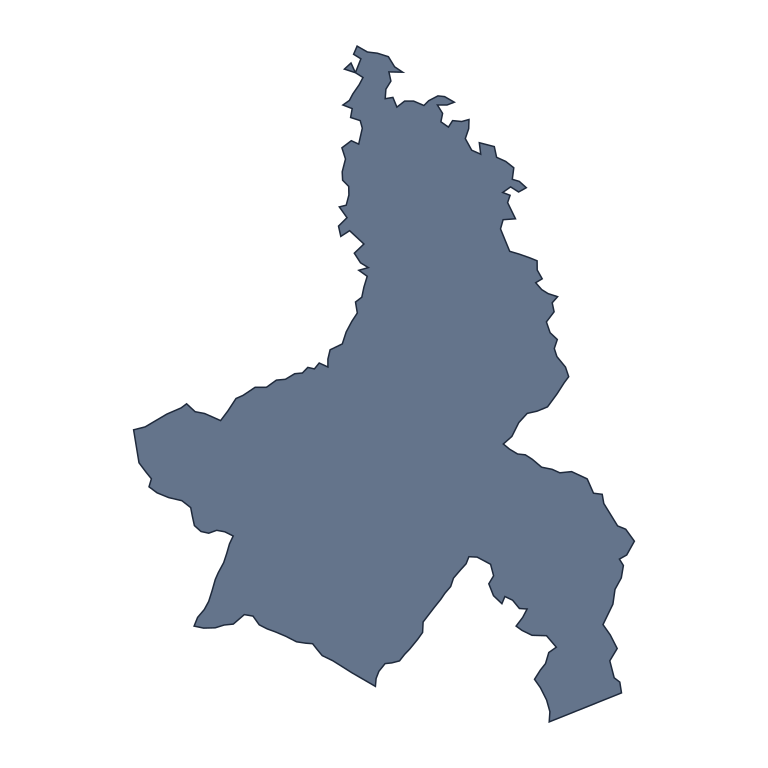 Joaquim Távora, Paraná, Brazil
{"feature_id": "56859067B32380162791595", "entity_name": "Joaquim Távora", "entity_type": "district", "adm_level": 2, "iso_a3": "BRA", "parent_name": "Brazil", "parent_adm1": "Paraná", "projection": "orthographic", "projection_center": [-49.909, -23.438], "detail": "fine", "context": "isolated", "style": "filled", "palette": "slate", "viewbox_px": 768, "rotation_deg": 0, "n_neighbors": 0, "source": "geoboundaries", "source_scale": "gbopen_adm2", "svg_char_len": 3194}
<svg xmlns="http://www.w3.org/2000/svg" viewBox="0 0 768 768"><path d="M568.7,376.7L565.5,367.1L556.9,356.6L554.3,348.5L557.3,339.5L550.1,332.7L546.4,321.9L554.1,311.8L552.2,302.8L557.6,296.7L548.1,293.6L541.7,289.6L535.7,282.7L542.2,278.8L537.2,270.0L537.1,260.8L530.2,258.0L519.2,254.1L509.7,251.3L505.0,239.9L500.5,228.9L503.1,219.7L515.5,218.8L507.6,202.6L510.1,195.3L502.7,192.5L510.6,186.9L518.6,192.0L526.3,187.7L519.3,181.4L512.3,179.3L513.8,167.8L505.7,161.4L496.6,157.3L494.3,146.6L479.3,142.7L480.7,154.2L471.7,150.2L465.3,138.6L468.7,128.7L469.0,119.5L461.7,121.5L452.6,120.6L448.4,127.1L440.9,121.8L442.6,113.4L437.4,105.0L447.0,105.0L454.3,102.2L444.6,96.6L437.9,95.9L428.7,100.7L423.9,105.5L413.7,101.1L404.6,101.1L396.9,107.1L392.9,97.4L385.2,98.7L385.9,89.2L390.9,81.1L388.9,71.9L402.7,72.2L394.6,66.8L388.4,56.7L377.4,53.2L367.4,52.0L357.1,46.1L353.6,54.3L360.9,58.8L355.4,72.7L363.0,77.5L359.2,84.7L352.9,93.8L349.4,100.4L342.9,105.0L352.2,108.6L350.6,117.5L360.2,120.6L362.3,128.2L358.7,144.1L351.3,140.7L341.9,147.8L345.5,159.0L342.2,171.8L342.6,180.2L348.7,186.4L348.9,195.0L346.2,205.2L339.3,206.9L347.0,217.7L338.5,226.1L340.8,236.4L349.6,230.7L355.0,235.7L363.9,244.0L354.3,253.2L360.5,262.8L368.3,267.6L358.8,270.3L367.2,276.3L363.9,287.2L361.8,297.2L355.5,302.0L357.3,313.0L351.8,321.4L346.2,331.9L342.3,343.9L330.1,349.8L327.9,359.1L327.9,367.0L319.2,363.0L314.4,368.9L307.8,367.4L302.4,373.0L294.7,373.7L285.4,379.3L276.4,380.1L266.4,387.3L255.1,387.3L243.0,395.4L236.0,398.5L227.9,410.9L220.6,420.6L204.6,413.5L195.1,411.7L186.6,403.8L181.1,407.9L166.8,414.1L145.1,426.9L133.6,429.8L139.0,462.8L146.3,472.5L151.4,478.8L149.0,486.8L157.0,492.8L168.7,497.6L181.9,500.7L190.7,507.6L192.4,516.4L194.4,525.6L201.0,531.5L208.7,533.2L216.7,530.3L224.8,531.8L233.2,536.0L229.5,543.8L226.7,553.5L223.7,562.6L218.3,572.6L215.3,579.4L212.0,591.0L208.7,601.4L204.3,609.5L197.6,617.4L194.1,626.1L203.6,628.1L215.3,627.8L224.2,625.0L233.3,624.1L244.3,614.6L253.0,616.1L259.2,624.8L267.2,628.9L274.9,631.7L285.6,636.2L296.5,641.8L305.8,643.2L312.6,643.7L317.0,649.3L322.2,655.6L332.9,660.8L352.1,672.9L375.4,686.4L376.1,678.5L378.9,671.3L385.1,663.6L391.8,662.9L399.5,660.9L404.6,654.4L409.6,649.2L417.7,639.3L422.6,632.4L423.1,622.0L434.3,607.4L440.8,599.3L444.8,593.4L450.7,586.5L453.5,578.1L460.7,569.7L466.1,563.8L468.9,556.7L477.1,557.1L490.6,564.3L493.6,575.8L488.8,583.8L493.5,595.7L501.9,603.7L504.9,596.5L512.6,600.2L519.4,608.5L527.1,609.0L522.7,617.4L516.1,626.1L522.0,630.4L532.0,635.3L546.5,635.7L556.3,647.2L548.8,652.5L545.5,663.6L540.4,670.0L534.5,679.3L540.4,687.7L546.6,700.0L549.9,711.7L549.2,721.9L621.5,692.9L619.8,682.1L614.2,677.8L609.8,660.8L617.2,648.5L610.3,635.0L603.0,624.6L612.9,604.2L615.0,589.4L621.3,577.9L623.4,565.5L619.4,559.1L626.7,555.0L634.4,541.2L625.7,529.2L617.6,525.9L612.2,517.1L603.8,503.5L602.2,494.3L593.5,493.2L587.2,478.9L571.6,471.6L559.8,472.8L552.1,469.3L541.6,467.2L532.3,459.3L525.3,454.8L517.6,454.0L509.6,449.2L503.3,444.0L511.9,436.4L518.8,422.6L527.2,413.4L537.0,411.2L547.5,406.9L556.9,394.1L564.3,382.6L568.7,376.7ZM355.4,72.7L351.0,63.0L344.4,69.1L355.4,72.7Z" fill="#64748b" stroke="#1e293b" stroke-width="1.5"/></svg>